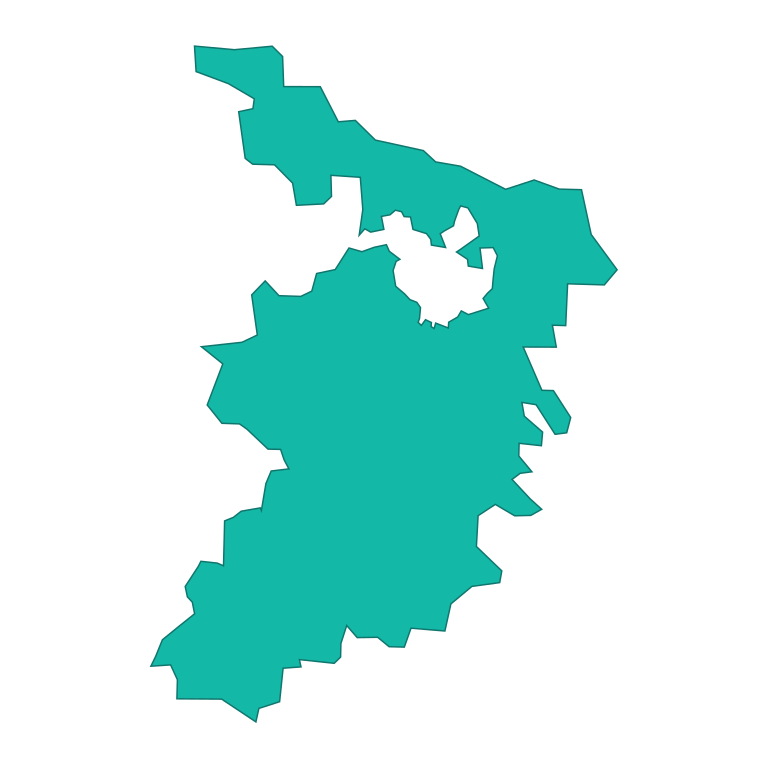 Samarkand, Samarkand, Uzbekistan (Albers equal-area conic projection)
{"feature_id": "79887680B77379666017529", "entity_name": "Samarkand", "entity_type": "district", "adm_level": 2, "iso_a3": "UZB", "parent_name": "Uzbekistan", "parent_adm1": "Samarkand", "projection": "albers", "projection_center": [66.932, 39.559], "detail": "fine", "context": "isolated", "style": "filled", "palette": "teal", "viewbox_px": 768, "rotation_deg": 0, "n_neighbors": 0, "source": "geoboundaries", "source_scale": "gbopen_adm2", "svg_char_len": 2415}
<svg xmlns="http://www.w3.org/2000/svg" viewBox="0 0 768 768"><path d="M155.7,656.3L150.9,666.2L170.6,664.9L177.4,679.7L176.9,698.8L221.6,699.1L255.9,721.9L258.9,708.4L279.6,701.7L283.1,668.2L301.0,666.9L299.4,659.6L334.2,663.3L340.6,657.1L340.9,643.5L346.7,625.5L357.2,637.6L377.7,637.3L389.1,646.7L404.3,647.1L411.0,628.2L444.9,631.0L450.9,603.9L471.9,586.4L499.7,582.6L501.8,570.9L476.4,546.5L478.1,515.7L495.3,504.4L514.7,515.8L530.8,515.4L541.7,509.3L530.3,499.0L512.0,479.4L520.2,473.3L531.9,471.8L518.8,456.0L519.1,443.3L541.4,445.7L542.6,432.1L524.3,416.2L521.9,402.4L536.1,404.7L555.1,434.3L566.7,432.8L570.7,417.5L553.4,390.6L541.9,390.3L523.2,347.0L556.3,347.1L552.4,325.2L565.7,325.6L567.6,283.8L604.3,284.9L617.1,269.8L591.2,234.5L581.5,189.7L559.2,189.1L534.2,180.0L505.6,189.3L460.5,166.2L435.6,161.9L423.4,150.6L375.4,140.1L355.3,120.4L338.3,121.8L320.3,86.7L283.7,86.6L282.6,56.5L272.2,46.2L234.5,49.7L194.5,46.1L196.1,71.6L228.5,83.7L254.3,98.8L252.9,108.7L238.7,111.7L245.2,158.4L252.7,164.2L274.5,164.8L292.6,183.1L296.4,205.3L323.7,203.9L331.5,196.4L330.9,175.3L360.3,177.3L362.8,209.5L359.2,235.2L364.8,228.8L370.7,232.1L383.9,229.4L381.4,216.4L390.0,214.8L395.4,210.2L401.6,211.7L404.1,216.6L410.5,217.0L413.0,229.4L426.5,233.6L430.8,239.4L431.4,245.1L445.6,247.5L440.2,233.7L444.4,230.9L453.5,225.8L454.6,221.0L458.7,209.6L460.6,205.9L467.9,207.9L477.3,223.5L479.2,236.0L460.7,249.2L456.5,252.0L467.5,259.3L468.3,266.1L482.5,268.5L480.0,248.0L493.2,247.6L497.4,255.8L494.2,268.8L493.1,279.4L492.3,288.7L487.4,293.3L483.1,298.5L488.7,308.2L468.4,314.6L461.3,310.9L457.7,317.0L448.7,322.2L448.3,328.0L435.7,323.1L434.1,328.5L431.1,326.6L431.4,322.5L425.5,319.7L421.4,325.4L418.1,322.3L419.5,318.7L420.5,307.6L416.8,302.3L409.9,299.6L404.6,293.9L395.7,286.3L393.1,270.5L396.1,261.4L399.9,259.3L389.3,251.3L386.4,244.7L374.2,247.3L361.9,251.7L349.0,248.0L335.2,269.6L316.6,273.5L311.8,291.1L300.8,296.4L279.0,295.7L265.2,280.9L251.7,294.9L254.5,315.0L257.3,335.0L241.9,342.3L201.4,346.7L222.8,363.9L207.2,405.0L221.9,423.3L239.5,423.9L247.0,429.2L268.0,449.1L280.6,449.4L284.1,459.8L288.9,468.9L271.2,471.0L265.9,483.6L261.4,510.5L260.3,507.9L253.9,509.0L241.2,511.2L233.5,517.3L224.6,520.9L224.2,538.9L223.5,565.8L217.3,563.1L200.9,561.3L198.3,566.4L185.2,586.5L187.4,596.9L192.3,602.1L194.6,613.8L179.2,626.1L162.4,639.8L155.7,656.3Z" fill="#14b8a6" stroke="#0f766e" stroke-width="1.5"/></svg>